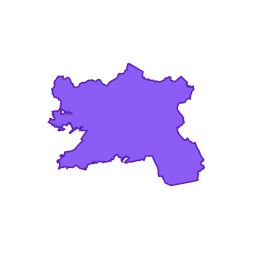 Mārcienas pag., Madona, Latvia, rotated 214°
{"feature_id": "27541924B30682574084031", "entity_name": "Mārcienas pag.", "entity_type": "district", "adm_level": 2, "iso_a3": "LVA", "parent_name": "Latvia", "parent_adm1": "Madona", "projection": "orthographic", "projection_center": [26.093, 56.777], "detail": "fine", "context": "isolated", "style": "filled", "palette": "violet", "viewbox_px": 256, "rotation_deg": 214, "n_neighbors": 0, "source": "geoboundaries", "source_scale": "gbopen_adm2", "svg_char_len": 5831}
<svg xmlns="http://www.w3.org/2000/svg" viewBox="0 0 256 256"><g transform="rotate(214 128 128)"><path d="M199.9,99.0L198.6,98.6L198.3,97.1L197.0,97.4L196.5,96.5L196.7,95.9L194.0,94.9L193.5,94.3L193.5,93.6L195.7,92.5L197.0,92.7L197.9,92.1L197.1,91.4L197.1,88.2L194.0,89.0L193.5,88.4L192.0,88.1L191.7,88.3L191.2,89.3L190.8,88.5L189.2,88.0L188.5,88.6L188.3,89.5L187.0,89.0L186.6,89.2L186.0,90.4L184.7,90.8L184.7,87.2L183.9,87.0L183.5,87.8L184.0,88.5L183.7,88.7L182.8,88.1L182.1,89.1L181.3,89.3L180.6,90.0L180.8,90.7L179.8,91.5L180.3,91.7L183.2,91.4L183.9,93.5L183.6,93.7L183.8,94.2L183.0,94.8L181.7,95.6L180.4,95.5L179.9,96.0L180.7,97.3L180.4,98.8L179.7,99.3L179.1,98.3L178.7,98.5L178.9,99.5L178.1,100.1L177.0,98.7L176.6,98.4L175.9,98.6L175.5,97.7L173.4,96.9L173.5,96.2L173.1,94.3L173.3,92.9L174.0,92.0L173.7,91.3L173.2,91.2L172.8,91.7L171.5,96.4L170.4,97.8L170.6,98.4L171.6,98.3L171.3,99.3L170.0,99.9L169.8,99.6L169.2,99.9L168.6,99.8L167.4,100.7L167.4,102.1L167.6,102.1L167.6,102.9L166.6,103.6L166.5,99.9L166.6,99.0L160.5,102.9L160.4,101.2L160.7,98.9L160.6,92.6L158.6,92.6L160.2,81.0L160.7,79.4L162.3,76.8L165.3,74.3L165.2,74.2L166.9,72.6L165.4,69.8L165.4,69.5L165.9,69.1L165.5,68.1L166.1,67.8L167.0,69.2L168.1,68.4L168.7,67.6L168.7,66.9L167.0,67.0L166.5,65.5L166.6,63.7L166.5,63.3L167.6,62.8L168.4,61.8L168.1,60.7L167.6,60.6L167.1,60.0L166.6,60.2L166.5,61.2L165.0,60.8L163.3,58.2L163.3,57.0L162.5,55.6L161.0,58.4L159.6,59.1L159.4,60.5L158.9,60.4L156.6,61.4L155.9,60.4L155.2,62.5L151.5,64.4L150.7,67.8L146.8,68.1L145.5,67.7L143.5,68.3L142.7,69.0L142.1,69.2L141.4,68.9L139.7,69.8L139.6,70.4L139.8,70.7L140.8,70.6L140.9,71.2L140.2,71.8L140.1,72.5L140.4,73.5L141.1,74.2L140.4,75.1L140.6,75.3L139.9,76.7L138.1,78.2L138.4,79.0L138.3,80.7L138.2,80.9L137.0,80.3L136.9,79.4L136.4,79.6L135.8,80.6L135.9,82.0L135.4,81.6L134.3,81.5L133.9,82.0L133.9,83.8L131.7,84.9L131.6,85.2L129.1,85.6L128.8,86.0L129.1,86.9L127.7,87.2L125.8,89.0L125.7,89.7L124.9,90.5L123.7,90.6L123.7,91.2L124.4,91.9L124.5,93.0L124.3,93.2L123.8,92.9L123.4,93.4L122.6,93.6L122.8,95.3L123.5,95.9L123.7,96.4L123.6,96.8L122.8,97.8L123.0,98.6L122.5,99.3L122.5,100.0L121.8,99.7L121.0,99.6L120.9,99.8L119.6,98.7L118.5,98.8L117.9,99.3L116.6,99.4L115.4,97.4L114.0,96.8L113.7,96.9L115.3,98.1L115.7,99.1L115.2,99.4L114.6,99.0L114.1,99.3L114.9,101.0L114.6,100.8L113.9,101.9L113.7,103.7L112.9,103.2L112.2,103.4L111.4,104.0L110.9,104.0L110.7,103.6L110.0,103.2L110.9,101.6L110.7,101.0L111.5,100.2L111.4,99.5L111.0,98.9L111.6,97.8L110.8,97.6L110.3,98.2L109.3,98.5L108.5,100.3L108.0,100.7L107.8,101.3L106.7,101.4L105.1,102.8L103.0,105.4L99.9,108.1L99.3,109.4L98.7,110.0L96.7,110.0L97.1,112.5L97.9,114.7L92.2,118.3L83.9,113.2L81.5,112.1L78.0,108.5L77.6,107.3L75.6,105.3L72.5,107.2L70.9,105.8L69.4,105.3L66.9,103.5L65.6,103.5L60.4,104.4L58.9,105.7L43.7,120.8L40.9,123.9L41.5,124.8L42.3,125.1L42.8,125.9L43.0,126.4L42.9,127.3L43.6,127.9L43.6,129.2L44.9,129.7L45.3,130.1L45.6,131.0L44.2,132.2L44.3,133.0L44.0,133.0L43.8,133.4L44.0,133.7L44.1,134.5L42.7,136.2L42.7,137.7L43.0,138.1L43.5,137.8L44.0,138.0L44.0,138.5L44.6,138.6L45.0,139.0L46.1,138.4L46.5,138.4L47.9,139.5L48.3,140.3L48.2,141.4L47.8,141.4L47.6,142.0L47.9,142.2L47.9,142.4L47.4,142.7L47.3,143.2L47.5,144.1L50.5,145.0L52.9,146.2L56.4,148.7L59.1,149.8L63.9,153.1L64.4,153.2L65.3,151.7L66.4,151.4L68.2,151.9L70.0,151.4L72.6,152.7L72.5,152.0L73.2,151.8L72.9,151.2L73.0,150.7L73.7,150.1L74.5,149.9L74.6,149.4L82.3,151.4L87.6,154.9L87.7,155.3L87.4,155.8L86.2,156.3L86.1,156.9L86.5,157.5L85.8,159.4L84.8,161.0L84.8,161.4L85.1,162.4L84.5,163.9L85.6,164.1L85.6,164.9L85.9,165.3L87.4,166.0L87.6,166.6L87.5,167.3L91.2,168.9L92.4,168.9L95.1,170.1L96.1,170.1L97.7,171.2L98.8,172.8L99.1,173.5L99.1,174.6L99.6,175.7L99.5,177.1L98.7,178.4L97.3,178.7L96.7,179.8L95.3,180.9L95.3,185.1L93.8,186.4L92.5,187.0L93.8,188.4L93.9,189.4L94.8,190.4L94.7,192.1L95.5,193.4L95.6,194.2L95.6,194.9L95.0,195.8L95.5,197.4L96.7,197.8L96.9,198.9L97.4,199.0L97.5,198.8L97.5,198.5L97.1,198.3L97.3,198.1L98.0,198.2L98.0,197.7L98.6,197.6L98.8,197.2L99.4,197.2L99.1,196.9L99.4,196.6L100.1,197.0L100.2,196.6L100.6,196.8L101.5,196.6L101.1,196.1L101.5,195.9L101.9,196.5L102.2,196.2L102.4,196.7L103.3,197.0L103.5,196.7L104.1,197.1L104.2,198.8L112.8,200.4L115.0,192.6L119.6,191.5L120.8,193.9L122.5,193.4L122.9,192.2L124.5,190.3L125.0,190.0L124.4,188.9L127.2,184.1L130.8,182.6L131.0,182.5L130.9,181.6L133.8,181.6L137.0,179.4L137.7,180.2L138.5,179.6L138.4,179.2L139.4,179.1L142.1,177.9L142.9,179.0L143.7,178.2L145.3,179.4L147.0,182.9L163.1,182.0L163.2,181.4L163.8,181.1L163.8,180.5L163.1,179.4L163.0,177.8L161.6,176.6L161.5,176.3L162.5,174.1L162.0,171.7L162.4,170.4L165.9,167.9L165.6,167.0L165.8,166.6L165.2,164.3L165.7,161.9L167.8,158.1L169.1,154.6L168.6,152.2L169.2,151.2L174.4,150.2L177.5,152.2L179.6,151.7L180.1,151.2L180.4,148.8L181.0,148.4L185.1,147.5L185.3,146.8L187.5,145.3L189.4,141.0L191.1,140.4L192.6,137.6L192.0,134.4L195.2,131.5L195.6,131.6L196.0,132.3L197.3,132.3L198.1,133.7L199.3,133.8L200.6,133.4L201.5,134.8L202.8,135.7L205.6,136.6L205.9,136.5L207.1,134.9L208.0,132.8L208.9,132.4L209.9,132.7L210.5,134.6L214.7,131.7L214.3,131.1L214.9,130.3L214.8,128.5L214.5,127.8L215.1,126.0L214.4,125.2L214.5,124.5L214.1,123.7L212.7,122.6L212.2,120.9L212.4,119.5L212.3,118.5L212.9,117.9L212.1,116.8L210.6,116.4L210.8,115.7L210.3,115.3L210.0,114.5L206.3,112.5L202.4,113.7L202.0,113.6L201.3,112.7L199.7,113.1L198.4,112.7L197.3,110.8L196.6,110.9L196.4,110.5L196.4,109.1L196.6,108.7L195.5,107.2L193.8,106.2L189.5,106.6L189.4,105.4L188.8,105.3L189.2,103.2L189.8,103.2L189.9,102.8L191.4,101.9L192.1,104.1L192.7,104.1L193.3,104.5L193.3,105.5L195.3,105.9L195.6,102.3L196.3,102.3L197.5,101.6L200.0,99.3L199.9,99.0ZM184.9,106.2L185.3,106.1L188.4,106.1L188.2,106.6L186.5,107.1L186.4,108.0L183.1,108.8L183.7,107.5L184.9,106.2Z" fill="#8b5cf6" stroke="#5b21b6" stroke-width="1.5"/></g></svg>